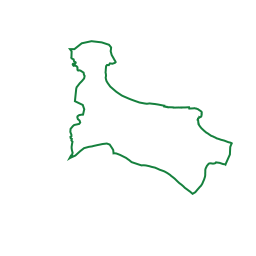 outline of Kota Bengkulu, Bengkulu, Indonesia, rotated 133°
{"feature_id": "22746128B322693337562", "entity_name": "Kota Bengkulu", "entity_type": "district", "adm_level": 2, "iso_a3": "IDN", "parent_name": "Indonesia", "parent_adm1": "Bengkulu", "projection": "robinson", "projection_center": [102.302, -3.836], "detail": "fine", "context": "isolated", "style": "outline", "palette": "green", "viewbox_px": 256, "rotation_deg": 133, "n_neighbors": 0, "source": "geoboundaries", "source_scale": "gbopen_adm2", "svg_char_len": 4983}
<svg xmlns="http://www.w3.org/2000/svg" viewBox="0 0 256 256"><g transform="rotate(133 128 128)"><path d="M68.4,41.7L68.4,41.8L69.0,43.4L69.7,44.5L70.0,45.1L70.8,47.1L71.6,49.1L72.1,50.0L73.2,52.0L73.8,53.4L74.2,54.3L74.9,55.7L75.1,56.0L75.3,57.0L75.5,57.8L75.8,58.6L76.3,60.3L76.6,61.0L76.8,61.4L77.0,61.9L77.1,62.6L77.2,63.4L77.3,63.9L77.4,64.6L77.5,65.5L77.6,66.1L77.7,66.5L77.8,67.0L77.9,67.4L78.0,67.7L78.0,68.5L78.0,69.1L78.1,69.6L78.1,70.2L78.1,70.7L78.1,71.5L78.1,71.9L78.1,72.2L78.1,72.6L78.1,73.5L78.1,74.0L78.0,74.9L77.9,75.5L77.8,76.1L77.7,76.7L77.6,77.1L77.5,77.6L77.3,78.3L77.2,78.7L77.1,79.0L76.8,79.0L76.3,79.8L76.3,80.1L76.1,80.2L75.5,80.9L74.6,81.9L74.6,82.6L74.4,82.6L73.7,82.9L73.3,83.3L72.9,83.1L72.2,83.0L71.9,83.0L71.5,83.1L71.4,83.2L71.3,82.9L71.1,82.7L70.9,82.7L70.6,82.5L70.1,82.3L69.6,82.3L69.0,82.7L68.3,83.0L67.5,83.6L67.5,83.9L67.0,84.2L66.9,84.3L66.5,84.5L66.3,84.7L66.1,85.0L66.0,85.5L66.0,86.1L66.3,88.0L66.4,88.4L66.5,89.6L67.0,90.7L67.3,91.5L67.5,91.6L67.8,92.2L68.2,92.9L68.3,92.9L68.4,93.0L69.0,93.6L69.3,93.8L70.3,94.8L71.1,95.6L71.6,96.0L72.0,96.5L71.2,97.5L72.3,98.6L74.2,100.4L75.3,101.6L76.5,102.9L76.7,103.1L76.8,103.0L77.7,104.1L78.0,104.4L78.6,105.1L80.9,107.4L81.5,108.1L81.9,108.4L82.5,109.3L82.6,109.2L82.4,109.4L84.5,111.8L84.6,112.0L85.0,112.4L85.6,113.0L85.7,113.3L85.8,113.2L87.6,116.2L86.9,116.6L87.5,117.5L90.3,122.0L91.8,124.2L91.9,124.4L93.8,126.9L95.1,128.7L95.2,128.9L97.4,130.7L98.8,132.7L100.2,134.9L101.6,137.1L102.1,138.3L103.0,140.3L103.9,142.4L105.0,145.0L105.9,147.3L107.0,150.4L107.5,151.8L108.4,154.4L108.6,155.5L109.0,158.0L109.5,161.3L109.6,163.4L109.7,166.1L109.8,168.7L109.8,169.4L109.4,171.3L109.0,173.4L108.3,175.8L107.4,177.3L106.4,178.7L104.9,179.6L103.6,181.0L102.7,182.3L101.1,183.5L100.2,184.3L97.7,186.2L96.2,186.3L95.1,184.9L94.1,185.1L93.1,185.3L91.6,183.2L90.8,182.8L89.3,182.0L88.2,182.0L87.8,183.0L87.3,184.8L86.7,186.6L86.3,187.9L85.8,189.6L84.5,191.7L83.6,193.1L82.1,194.1L80.6,195.3L80.3,197.2L80.1,198.7L80.9,200.4L83.3,205.6L89.4,213.9L97.6,219.6L106.9,221.0L109.9,224.2L110.4,221.5L114.6,217.8L114.9,217.7L115.1,217.6L115.3,217.4L115.4,217.1L115.4,216.9L115.5,216.7L115.4,216.5L115.4,216.1L115.3,215.8L115.0,214.8L114.9,214.6L115.0,214.4L115.3,214.0L115.6,213.6L115.8,213.3L116.0,213.0L116.1,212.7L116.1,212.3L116.0,212.2L115.8,211.6L115.7,211.4L115.7,211.2L115.8,210.9L116.0,210.7L116.4,210.6L116.7,210.6L117.0,210.6L117.4,210.7L117.6,210.7L117.7,210.9L117.8,211.0L118.1,211.5L118.3,211.8L118.5,212.0L118.8,212.0L119.0,211.9L119.3,211.7L119.5,211.1L119.6,210.6L119.6,210.3L119.6,210.1L119.4,209.9L118.8,209.8L118.7,209.8L118.5,209.6L118.4,209.5L118.3,209.3L118.3,209.1L118.0,208.0L118.0,207.8L117.9,207.6L118.0,207.1L118.0,206.8L118.0,206.6L118.1,206.4L118.3,206.2L118.6,205.8L119.2,205.3L119.3,205.3L119.5,205.1L119.7,204.9L119.9,204.6L120.0,204.4L120.0,204.0L120.0,203.7L119.8,203.5L119.6,203.5L119.5,203.4L119.4,203.2L119.1,203.0L118.9,202.8L118.8,202.6L118.7,202.4L118.5,202.0L118.4,201.8L118.4,201.7L118.1,199.9L117.9,198.7L117.8,198.3L117.9,198.1L118.4,197.4L118.5,197.3L118.8,197.0L118.8,196.9L119.0,196.6L119.3,196.0L119.4,195.7L119.5,195.2L121.7,193.9L125.1,193.7L128.2,193.8L132.4,193.4L133.1,193.4L134.5,192.7L136.1,191.5L144.6,185.1L142.0,176.8L144.0,173.1L144.1,172.8L146.7,171.3L148.9,170.0L149.0,170.0L149.7,170.9L151.1,171.9L151.4,172.2L152.2,172.6L152.8,172.7L153.7,172.9L154.1,172.8L154.7,172.4L155.7,170.7L155.6,168.5L156.6,166.7L158.3,166.5L160.5,168.0L162.5,169.4L164.2,169.6L167.8,169.4L170.2,167.5L171.6,164.7L172.7,163.7L172.8,163.7L173.8,164.0L174.6,162.8L174.3,161.6L175.7,160.9L175.9,159.2L176.6,158.8L177.6,158.2L180.1,156.5L181.1,155.6L181.8,154.7L182.4,154.0L183.9,151.6L185.7,150.7L185.9,150.4L186.9,150.9L190.0,150.1L189.3,149.9L184.0,147.7L181.5,147.5L177.7,147.2L175.2,146.8L172.7,146.4L168.5,143.8L165.9,141.7L165.2,141.3L164.4,140.8L161.2,138.6L159.8,137.6L157.1,135.7L153.8,132.9L152.6,130.1L153.7,125.5L154.2,123.8L156.2,121.5L156.4,121.3L156.0,121.0L154.6,119.2L153.1,115.5L152.3,112.8L151.3,109.4L151.2,109.1L150.9,106.6L150.7,105.4L150.5,102.1L148.9,98.6L147.3,95.1L146.4,93.2L146.2,92.7L145.1,91.7L144.3,90.8L143.2,89.4L141.4,86.4L140.2,84.0L138.6,81.3L138.1,79.9L137.6,78.5L137.1,77.0L137.0,76.6L135.9,74.1L135.6,73.4L134.9,71.7L134.1,68.4L133.6,65.2L133.6,63.6L133.4,62.0L133.2,59.2L133.3,55.6L133.3,52.8L133.0,50.3L132.9,47.6L133.0,45.7L132.6,42.6L132.4,40.6L132.2,39.4L132.1,35.9L129.1,35.0L125.1,35.2L124.9,35.2L121.9,35.3L121.6,35.3L120.9,35.2L119.5,35.4L118.4,35.6L117.7,35.8L117.2,36.0L115.3,36.7L113.8,37.2L111.3,38.4L110.6,38.8L109.8,39.4L109.1,40.0L108.3,40.8L107.5,41.4L106.7,42.2L106.0,42.8L105.3,43.3L104.1,43.8L103.3,44.0L102.8,44.2L101.6,44.5L100.7,44.5L100.0,44.6L99.3,44.6L99.2,44.6L98.5,44.4L97.8,43.8L97.1,43.0L96.4,41.9L95.4,40.9L94.0,40.1L93.1,40.2L92.5,39.3L91.0,37.2L89.6,34.0L88.3,32.1L88.2,32.0L88.2,31.8L87.5,32.1L77.9,35.4L72.6,39.9L72.1,40.3L69.9,41.2L68.4,41.7Z" fill="none" stroke="#15803d" stroke-width="2"/></g></svg>